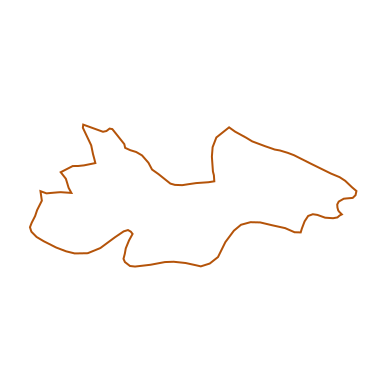 Al-Adhamiya, Diyala, Iraq, rotated 266°
{"feature_id": "34846034B20026231535079", "entity_name": "Al-Adhamiya", "entity_type": "district", "adm_level": 2, "iso_a3": "IRQ", "parent_name": "Iraq", "parent_adm1": "Diyala", "projection": "equal_earth", "projection_center": [44.388, 33.48], "detail": "fine", "context": "isolated", "style": "outline", "palette": "amber", "viewbox_px": 384, "rotation_deg": 266, "n_neighbors": 0, "source": "geoboundaries", "source_scale": "gbopen_adm2", "svg_char_len": 1762}
<svg xmlns="http://www.w3.org/2000/svg" viewBox="0 0 384 384"><g transform="rotate(266 192 192)"><path d="M203.4,40.9L193.8,41.6L184.7,36.2L178.9,33.8L172.6,30.0L168.2,27.9L164.4,28.8L163.5,29.1L158.0,33.8L153.2,40.7L146.1,52.6L141.6,62.3L138.9,70.7L138.2,83.7L142.5,96.7L150.0,108.5L152.4,112.3L157.5,121.1L158.5,125.5L156.7,128.2L154.3,129.8L148.1,125.8L140.4,122.0L135.2,120.7L130.1,119.0L126.8,120.2L122.5,125.0L121.6,130.0L122.3,145.5L124.0,160.1L123.7,168.8L121.6,180.7L118.6,191.0L117.2,195.6L119.4,204.7L125.3,213.4L139.7,221.8L150.5,231.1L155.9,238.6L157.8,248.2L156.9,257.9L153.3,269.4L149.4,282.6L149.2,282.9L144.7,291.5L144.1,297.6L148.0,299.1L154.9,302.3L160.0,306.2L161.4,311.0L160.4,315.5L157.1,323.0L156.0,330.9L156.5,335.3L158.3,337.7L159.2,339.9L162.0,337.5L163.4,336.6L166.4,336.0L169.4,336.0L172.2,337.7L174.7,342.9L174.8,345.6L174.9,351.9L177.4,354.9L181.5,356.1L185.6,351.9L192.5,345.6L196.5,340.3L200.3,332.7L200.7,331.9L212.1,312.3L221.6,296.3L224.4,290.2L227.3,282.6L228.6,277.4L229.8,274.7L232.5,268.3L238.3,255.6L242.4,249.8L249.2,239.2L253.9,233.5L244.7,220.1L237.0,216.5L235.3,215.7L225.9,214.3L219.3,214.3L211.0,214.3L207.2,215.0L201.1,215.0L200.6,209.1L200.6,202.5L200.6,196.7L200.0,188.6L199.5,182.8L200.3,175.4L201.0,173.5L201.9,171.0L212.2,159.8L217.2,153.7L224.2,150.6L229.1,146.9L232.0,144.7L234.8,140.6L235.8,139.1L238.0,133.4L238.7,132.1L240.7,128.4L244.5,127.8L248.4,125.1L255.4,120.3L260.3,116.9L261.0,114.2L258.8,110.9L258.3,107.4L266.8,88.2L263.7,87.6L245.6,94.7L236.7,95.9L231.6,96.9L227.6,97.6L226.1,86.1L225.9,80.4L226.2,74.8L220.9,62.4L217.4,64.8L214.0,67.1L209.3,68.2L204.8,69.2L199.5,71.6L201.0,60.9L201.0,57.7L200.9,51.2L200.8,47.6L200.8,46.7L203.4,40.9Z" fill="none" stroke="#b45309" stroke-width="2"/></g></svg>